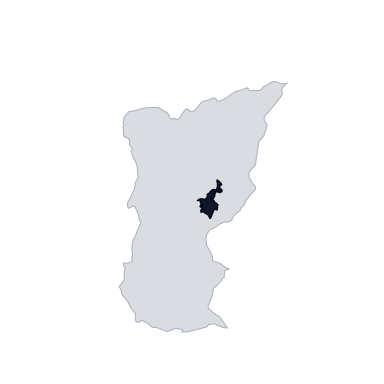 Bambari, Ouaka, Central African Republic shown in context, rotated 298°
{"feature_id": "33826404B32260495393800", "entity_name": "Bambari", "entity_type": "district", "adm_level": 2, "iso_a3": "CAF", "parent_name": "Central African Republic", "parent_adm1": "Ouaka", "projection": "orthographic", "projection_center": [21.01, 5.752], "detail": "fine", "context": "in_parent", "style": "filled", "palette": "ink", "viewbox_px": 384, "rotation_deg": 298, "n_neighbors": 0, "source": "geoboundaries", "source_scale": "gbopen_adm2", "svg_char_len": 5728}
<svg xmlns="http://www.w3.org/2000/svg" viewBox="0 0 384 384"><g transform="rotate(298 192 192)"><path d="M259.5,147.0L262.7,147.9L263.3,148.8L262.4,152.1L263.0,154.1L264.8,155.8L266.7,156.5L268.4,156.9L274.5,157.9L277.0,159.0L280.4,162.8L284.6,166.2L285.6,168.0L285.4,169.6L284.2,171.7L284.4,172.5L286.3,174.5L288.6,176.5L292.6,178.8L299.6,182.3L302.8,184.7L303.9,186.5L305.7,188.4L308.2,190.2L309.9,191.6L308.8,195.5L309.2,196.8L309.8,197.9L311.3,199.5L311.9,201.5L313.4,203.9L315.1,205.1L318.0,205.4L319.5,206.6L322.7,208.5L325.7,210.2L327.1,211.4L327.9,212.4L328.6,213.6L328.9,214.9L329.0,217.5L329.6,220.8L331.3,223.1L332.8,224.7L326.5,222.9L325.6,222.8L324.5,223.2L321.3,225.6L320.2,225.9L316.1,225.4L306.2,223.6L298.5,221.9L296.2,221.3L292.1,220.7L289.4,221.9L286.9,226.2L286.1,227.0L282.1,228.3L280.2,228.0L275.6,229.1L268.5,227.4L265.9,227.8L263.9,228.7L258.8,230.6L255.7,231.7L252.1,232.8L248.6,234.3L246.3,235.1L244.1,235.1L242.0,234.3L239.8,233.6L237.1,233.4L234.3,233.9L231.9,235.6L231.0,236.8L228.9,240.0L226.5,245.2L225.5,246.2L224.7,246.8L213.5,244.2L208.7,243.6L205.4,244.4L201.3,242.9L199.5,242.7L198.7,243.1L196.4,242.5L192.7,240.7L189.2,240.0L186.0,240.2L184.0,239.6L182.5,237.9L180.5,234.7L176.8,231.6L171.9,229.1L168.9,227.2L167.7,225.9L165.1,225.2L161.0,225.1L157.2,226.3L151.6,230.2L146.4,238.2L143.6,241.3L141.3,242.1L140.7,244.0L141.8,247.1L142.1,250.6L141.3,256.6L141.5,261.0L140.3,260.3L139.1,258.3L138.6,257.9L135.2,258.8L133.4,259.6L132.5,260.4L131.8,260.5L130.7,259.4L129.8,259.2L128.5,259.4L127.1,259.4L126.2,259.2L125.6,259.3L124.0,258.6L118.2,256.9L117.2,256.3L116.0,256.4L113.0,257.8L111.4,258.2L106.5,259.1L101.3,259.5L99.4,259.5L98.0,260.2L97.1,261.1L95.5,266.6L95.1,267.6L95.1,269.0L94.7,273.4L94.8,274.9L88.6,287.1L87.6,285.0L86.9,282.6L86.7,279.9L86.8,279.1L86.4,278.3L85.9,276.1L86.4,274.6L86.0,273.1L84.8,271.6L83.8,270.5L83.1,269.4L82.6,269.0L81.4,268.8L79.8,268.3L72.9,261.0L65.8,252.9L64.4,250.2L63.8,248.7L65.6,248.5L66.0,248.3L66.1,247.6L65.0,245.5L64.5,242.8L63.6,241.2L60.8,238.7L58.2,236.8L57.4,235.8L56.9,234.4L55.9,225.7L55.5,223.2L54.7,222.1L54.1,221.6L53.9,221.0L54.0,219.4L54.3,218.0L54.3,217.5L55.1,216.3L55.2,208.2L54.3,207.1L52.7,207.0L51.9,205.9L51.2,204.4L51.4,203.3L53.0,201.7L54.0,201.1L57.0,199.8L57.9,199.2L58.5,198.4L58.8,197.3L60.6,193.2L63.3,189.0L64.4,188.2L67.1,182.1L67.8,180.6L68.3,179.0L69.1,177.8L72.0,175.7L74.2,172.1L76.6,172.4L79.0,173.0L82.1,173.3L84.5,172.6L86.1,171.2L93.7,168.8L94.2,166.9L95.4,165.9L96.8,165.0L97.3,164.9L97.4,165.5L98.2,167.6L99.9,169.6L102.4,171.8L103.1,171.7L104.7,170.0L108.6,169.0L109.6,168.5L112.5,166.1L115.8,164.6L117.8,164.1L121.2,162.5L123.6,162.7L127.5,162.5L133.9,161.7L138.6,161.5L141.0,161.2L141.6,160.9L142.5,158.5L143.2,157.9L145.0,156.9L148.4,153.4L150.7,150.4L151.4,149.4L151.8,149.2L152.8,147.9L151.9,146.6L148.0,144.0L148.1,143.6L147.9,143.2L148.1,142.8L149.6,141.7L151.5,140.5L153.6,140.1L159.1,140.2L163.8,139.9L164.9,140.0L168.6,139.4L171.1,138.8L173.7,137.6L179.5,137.7L184.3,134.5L185.7,133.9L186.3,133.4L186.5,132.9L188.8,131.6L191.3,129.0L193.3,126.6L193.9,124.9L199.4,119.2L201.3,119.3L202.2,118.6L204.4,114.8L205.0,114.1L207.3,113.5L208.4,112.3L209.3,110.7L209.3,108.6L208.9,106.9L208.9,106.1L209.4,105.4L210.3,104.7L214.4,102.6L215.4,101.6L216.1,100.7L217.2,100.6L218.5,100.6L219.3,100.1L220.2,99.2L223.1,97.9L225.7,96.9L228.5,97.3L233.6,98.6L235.1,101.3L235.9,102.2L242.2,108.6L243.4,110.1L246.5,114.8L248.4,117.9L250.7,122.4L250.9,124.9L250.6,127.0L250.2,132.9L249.7,134.6L246.9,137.9L246.8,139.3L247.4,140.5L248.2,141.0L248.8,141.6L248.5,144.4L249.5,145.5L251.5,146.2L256.8,146.7L259.5,147.0Z" fill="#d9dde1" stroke="#a8b0b8" stroke-width="1"/><path d="M214.3,208.7L213.6,208.9L212.6,209.4L212.1,210.3L210.5,211.0L210.0,211.5L207.8,212.2L206.4,212.4L206.2,212.6L205.1,211.9L204.7,211.3L204.6,210.3L204.2,210.0L203.6,209.2L202.8,208.6L202.1,208.5L200.9,208.0L200.1,208.2L197.0,206.6L195.5,207.7L193.8,207.7L192.6,207.4L191.6,207.6L191.3,207.3L191.3,206.6L191.4,206.1L191.3,205.9L191.0,205.7L190.9,205.3L190.7,204.5L190.4,203.8L190.4,203.6L189.8,203.3L189.6,202.8L189.7,202.4L189.1,201.9L188.5,201.7L187.6,201.1L186.6,200.6L187.8,201.6L188.1,202.0L188.3,202.5L188.3,203.0L187.9,203.3L186.7,204.4L186.0,205.7L186.2,206.0L186.2,206.4L186.0,206.5L186.0,206.8L186.1,207.1L186.0,207.3L185.7,207.4L185.3,207.3L185.2,207.0L184.9,206.5L184.6,206.1L184.8,205.8L184.2,205.8L183.5,205.8L183.2,205.9L182.9,206.2L182.9,206.9L182.7,207.4L182.9,207.6L182.2,208.3L182.2,208.7L182.2,208.8L181.6,208.8L181.0,208.8L180.7,208.8L180.5,208.6L180.3,208.4L180.0,208.5L179.8,208.8L179.4,208.8L179.1,208.8L178.9,209.1L178.5,209.5L178.4,209.7L178.6,209.9L179.0,209.8L179.4,209.6L179.8,209.6L179.4,216.8L178.6,218.0L178.2,219.0L178.0,219.5L177.4,219.7L177.3,220.2L177.6,220.6L186.8,219.7L187.8,220.9L187.8,222.3L188.1,222.3L189.5,222.1L190.4,221.7L190.7,221.3L191.0,220.6L191.8,220.7L192.2,220.9L192.7,221.1L192.9,220.8L192.8,219.8L193.1,219.4L193.6,219.0L193.4,218.4L193.4,217.5L192.9,217.2L192.5,216.9L192.5,216.6L193.4,216.5L194.3,216.2L194.4,215.7L194.4,214.9L194.7,214.6L195.1,214.0L195.0,213.6L194.6,213.2L194.3,212.9L194.5,212.5L194.9,212.4L195.7,212.7L196.1,213.4L196.6,214.0L197.1,213.8L197.8,213.5L198.8,214.0L199.1,213.9L200.5,213.2L200.8,212.5L201.3,212.4L201.4,212.7L201.7,213.0L202.0,212.9L202.2,212.3L202.4,212.0L202.7,212.7L203.0,213.0L203.4,213.1L203.8,213.8L204.3,214.4L204.5,214.9L204.2,215.4L204.6,216.1L204.9,216.8L204.9,217.1L205.6,217.1L205.8,217.6L206.0,218.0L206.7,218.0L207.3,217.9L207.8,217.4L207.9,216.6L208.2,216.2L208.1,215.2L210.2,213.5L210.6,213.5L212.3,214.7L212.7,214.1L213.3,213.7L213.4,212.9L213.9,211.6L214.2,210.2L214.3,208.7Z" fill="#0f172a" stroke="#020617" stroke-width="1.5"/></g></svg>